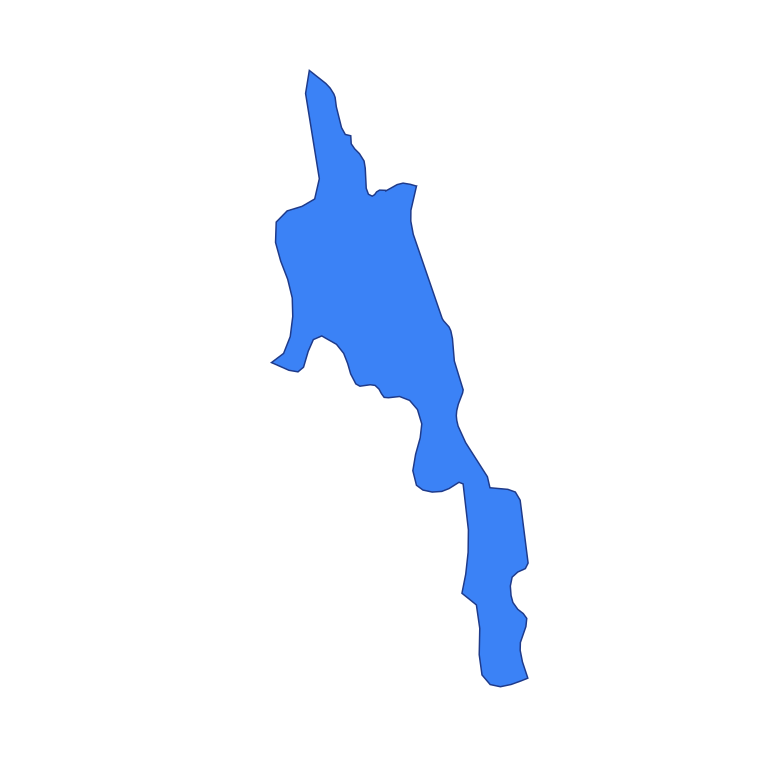 map outline of Ilocos Sur (Equal Earth projection), rotated 166°
{"feature_id": "PHL-2548", "entity_name": "Ilocos Sur", "entity_type": "Province", "adm_level": 1, "iso_a3": "PHL", "parent_name": "Philippines", "parent_adm1": "", "projection": "equal_earth", "projection_center": [120.535, 17.275], "detail": "fine", "context": "isolated", "style": "filled", "palette": "blue", "viewbox_px": 768, "rotation_deg": 166, "n_neighbors": 0, "source": "natural_earth", "source_scale": "10m", "svg_char_len": 1638}
<svg xmlns="http://www.w3.org/2000/svg" viewBox="0 0 768 768"><g transform="rotate(166 384 384)"><path d="M304.6,568.2L315.9,546.0L318.6,535.6L319.4,522.2L311.7,433.4L310.9,430.9L307.1,423.6L306.3,419.3L306.6,411.5L310.2,389.3L308.6,359.2L309.9,356.3L316.8,346.4L319.9,340.5L321.5,335.8L322.2,331.1L322.3,325.2L319.0,307.4L306.1,269.0L306.3,257.7L289.3,251.8L282.7,247.4L280.0,238.3L287.5,175.4L291.5,170.7L299.7,169.2L306.4,165.6L310.3,157.4L311.9,148.0L311.8,140.9L308.7,133.0L304.4,127.5L302.2,122.0L305.0,114.3L314.2,100.2L316.3,92.7L316.9,80.9L315.6,63.8L322.7,62.8L333.3,61.7L344.3,62.1L353.7,66.7L359.3,78.0L357.1,98.3L350.2,123.7L347.8,147.3L359.0,162.1L350.7,179.7L343.1,200.3L337.4,222.0L331.4,267.9L335.0,270.5L346.2,266.8L353.9,265.8L363.4,267.5L371.9,271.7L377.0,277.9L377.0,292.9L370.3,308.2L361.9,323.0L357.0,336.1L357.7,351.1L363.1,361.9L371.9,368.1L383.0,369.6L387.1,371.0L388.8,375.2L390.1,380.3L393.0,384.8L397.5,386.6L407.9,387.7L411.3,390.9L413.9,401.8L414.3,412.7L415.7,423.5L420.5,434.0L432.8,445.7L441.8,444.2L449.6,434.1L458.0,419.8L464.5,416.6L472.9,420.3L488.0,432.0L474.0,438.0L463.5,452.7L456.2,471.6L452.2,489.7L452.1,508.9L454.5,528.2L455.0,547.6L449.4,567.2L436.1,575.4L420.6,576.2L406.5,580.3L397.1,598.8L389.8,684.9L380.6,706.3L367.7,689.6L364.7,684.2L362.5,677.5L362.1,673.9L363.2,664.5L363.2,643.0L361.2,635.5L356.2,632.9L357.7,625.0L355.6,619.3L352.1,613.4L349.4,605.2L350.0,597.9L353.9,578.2L353.2,571.9L350.0,569.1L347.3,570.0L344.7,572.2L341.4,573.2L335.5,571.5L335.5,570.9L323.0,574.3L316.9,574.3L310.2,571.4L304.7,568.2L304.6,568.2Z" fill="#3b82f6" stroke="#1e3a8a" stroke-width="1.5"/></g></svg>